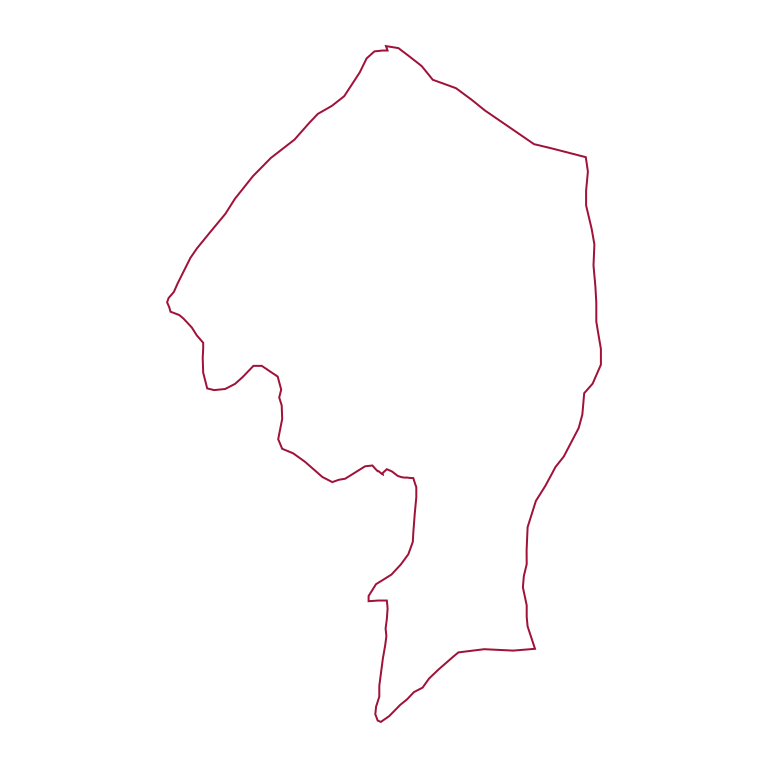 the district of Yagba West, Kogi, Nigeria
{"feature_id": "59680162B26925253941931", "entity_name": "Yagba West", "entity_type": "district", "adm_level": 2, "iso_a3": "NGA", "parent_name": "Nigeria", "parent_adm1": "Kogi", "projection": "robinson", "projection_center": [5.518, 8.278], "detail": "fine", "context": "isolated", "style": "outline", "palette": "rose", "viewbox_px": 768, "rotation_deg": 0, "n_neighbors": 0, "source": "geoboundaries", "source_scale": "gbopen_adm2", "svg_char_len": 2046}
<svg xmlns="http://www.w3.org/2000/svg" viewBox="0 0 768 768"><path d="M170.5,311.7L179.4,315.1L183.4,318.5L191.8,327.5L196.8,335.4L203.2,342.8L203.2,348.4L202.7,358.0L203.2,372.7L207.2,388.4L214.2,390.1L225.1,389.0L235.0,383.9L242.5,377.2L253.4,365.9L261.8,365.9L277.7,376.6L281.2,389.6L279.2,397.5L281.7,405.4L282.2,418.9L278.2,439.2L282.2,448.8L293.1,453.3L294.4,454.2L305.0,461.8L322.4,477.0L332.3,482.1L338.8,479.8L345.2,478.7L365.1,466.3L372.4,465.5L375.5,469.0L377.7,471.2L378.5,471.1L381.7,473.8L382.8,474.4L382.6,473.1L386.8,469.2L388.4,469.9L390.5,470.8L392.2,471.6L395.5,474.2L397.9,476.0L401.7,477.2L405.3,477.7L406.9,477.5L409.4,477.9L413.3,478.1L415.0,483.5L416.3,487.2L416.3,497.3L414.8,513.1L413.3,532.8L412.8,541.9L408.3,554.3L407.4,555.5L400.9,564.4L391.4,574.6L379.7,581.9L376.0,584.2L368.6,596.0L368.6,601.2L378.9,600.5L379.1,600.5L386.8,600.5L387.0,601.9L387.6,608.6L386.8,619.4L385.6,628.5L386.4,636.1L385.2,645.2L382.9,658.3L379.3,685.8L379.3,696.6L377.3,702.9L376.1,706.6L375.3,714.2L377.7,720.6L380.9,721.9L389.2,716.1L400.3,704.8L407.1,699.3L413.9,692.1L422.6,687.6L429.0,678.6L432.1,675.6L433.8,674.0L438.5,669.5L454.0,656.0L458.4,652.4L484.2,649.2L513.2,650.6L530.3,649.2L535.0,648.8L527.6,626.4L526.7,616.9L526.7,605.3L522.9,587.4L523.8,576.5L523.9,575.8L526.7,564.2L526.6,550.4L527.6,527.2L535.9,500.9L545.2,486.1L551.5,474.5L555.4,467.1L563.8,456.5L578.7,428.0L582.4,414.3L582.4,413.9L584.2,393.2L592.6,383.7L600.9,364.7L600.9,348.9L598.2,333.1L596.3,321.5L596.3,302.5L595.4,286.6L593.5,265.5L594.4,244.4L591.6,228.6L586.1,205.4L586.1,190.6L587.9,171.6L585.8,157.2L551.7,148.4L534.7,144.3L534.1,144.2L484.8,110.4L471.8,99.9L456.0,88.2L432.8,79.8L421.7,66.1L409.6,56.6L398.4,48.1L386.0,46.1L387.5,50.5L382.9,50.5L374.4,51.4L366.6,58.4L359.7,72.5L344.2,96.2L331.8,105.9L317.8,113.9L309.7,122.4L294.5,139.6L270.9,157.9L252.9,176.2L234.9,198.8L225.4,213.8L210.2,232.1L197.0,248.3L190.4,257.9L177.7,283.3L173.9,291.9L168.6,298.0L167.1,302.3L169.3,307.4L170.5,311.7Z" fill="none" stroke="#9f1239" stroke-width="2"/></svg>